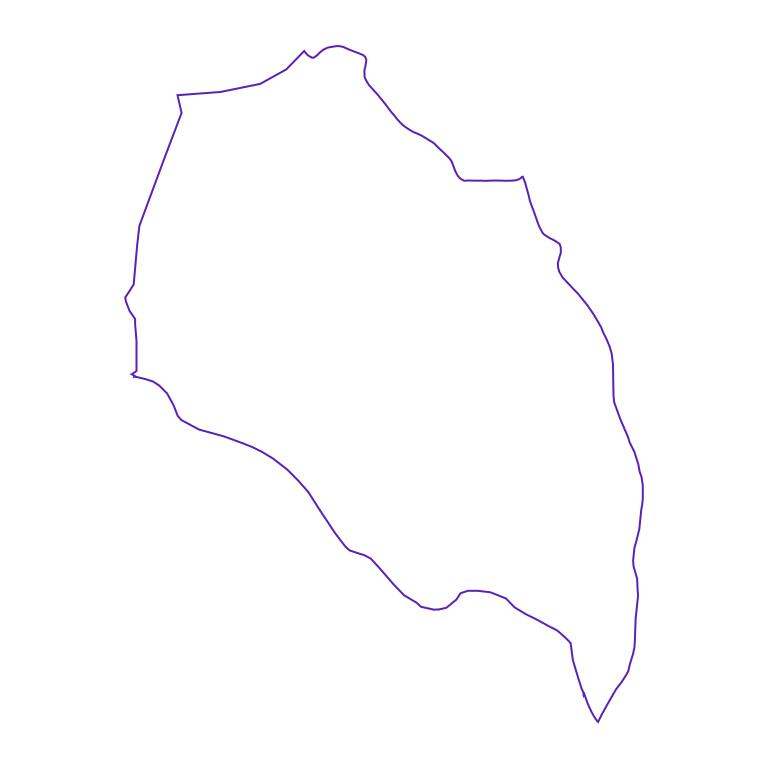 L'Eau Mineau, Micoud, Saint Lucia (Natural Earth projection)
{"feature_id": "8701671B61376458937885", "entity_name": "L'Eau Mineau", "entity_type": "district", "adm_level": 2, "iso_a3": "LCA", "parent_name": "Saint Lucia", "parent_adm1": "Micoud", "projection": "natural_earth1", "projection_center": [-60.921, 13.807], "detail": "fine", "context": "isolated", "style": "outline", "palette": "violet", "viewbox_px": 768, "rotation_deg": 0, "n_neighbors": 0, "source": "geoboundaries", "source_scale": "gbopen_adm2", "svg_char_len": 5779}
<svg xmlns="http://www.w3.org/2000/svg" viewBox="0 0 768 768"><path d="M131.7,374.2L132.4,374.6L133.2,375.1L134.6,375.8L134.1,376.9L135.9,376.8L139.9,377.8L145.4,379.1L149.6,380.4L153.0,381.5L158.2,384.9L159.3,385.6L167.2,393.6L173.5,405.1L176.8,413.5L177.7,415.8L181.5,420.2L192.6,426.1L199.2,429.6L223.9,436.4L244.4,443.9L245.6,444.4L246.4,444.7L252.9,447.3L258.8,450.3L262.3,452.1L264.5,453.4L273.1,458.6L284.6,467.5L287.5,469.8L298.6,481.0L301.2,484.0L308.2,491.9L319.3,509.3L335.0,533.0L340.8,540.7L345.6,546.8L347.7,548.7L349.6,550.4L358.2,553.3L364.2,555.1L370.8,558.6L379.5,568.1L381.6,570.5L393.5,584.3L404.1,595.3L413.2,600.7L416.5,602.6L421.0,606.8L434.1,609.7L439.2,609.4L443.6,608.4L446.5,607.7L452.3,602.9L456.3,599.7L458.4,596.5L460.6,593.2L467.9,590.8L477.8,590.8L490.4,592.3L496.5,594.7L506.0,598.5L514.6,607.4L526.2,614.4L536.1,619.2L541.8,622.3L548.4,626.0L555.1,629.4L557.5,630.7L563.6,636.1L566.1,638.4L567.4,639.7L570.6,643.1L571.4,649.0L572.9,660.2L578.0,677.3L581.5,688.3L583.0,691.7L583.3,692.5L583.7,695.3L584.4,694.2L584.8,695.4L585.2,696.5L585.5,697.4L585.8,698.3L586.1,699.3L586.5,700.2L586.8,701.1L587.2,702.2L587.5,703.1L587.9,704.1L588.4,705.1L588.8,706.0L589.2,706.9L589.6,707.8L590.1,709.0L590.6,709.9L591.0,710.7L591.4,711.6L592.0,712.8L592.5,713.7L593.0,714.5L593.4,715.3L593.8,716.1L594.3,716.9L595.1,718.0L595.7,719.0L596.2,719.8L596.7,720.4L597.2,721.1L598.1,721.9L601.4,715.2L607.3,704.5L615.9,689.5L621.8,681.8L625.0,676.9L628.2,671.4L629.9,664.2L632.9,654.4L634.4,647.8L634.9,640.3L635.6,619.2L636.4,611.5L638.1,595.3L637.6,589.6L637.1,578.6L633.6,566.5L633.1,560.8L634.4,548.1L636.4,540.9L639.3,529.1L641.3,509.5L642.3,504.0L642.8,498.5L642.8,485.3L641.5,476.9L639.6,471.5L638.3,464.3L634.4,451.9L629.5,442.1L628.2,437.5L620.6,419.9L614.2,402.3L613.5,395.7L613.2,379.3L613.0,364.6L611.7,353.6L609.5,346.2L606.3,338.7L603.1,332.3L601.1,327.1L594.0,315.0L587.8,305.8L578.0,293.7L573.8,289.4L568.9,284.2L562.5,277.3L559.3,271.8L558.1,267.5L557.8,263.2L559.8,256.0L560.8,253.1L560.8,247.6L559.8,244.2L554.9,240.7L549.7,238.1L544.3,234.7L542.5,232.7L539.1,226.3L537.6,222.3L534.4,213.1L530.0,201.3L529.0,196.7L525.1,182.5L522.8,176.7L522.0,176.9L521.3,177.6L520.7,178.2L519.8,178.7L519.1,179.2L518.2,179.5L517.3,179.8L516.4,180.1L515.4,180.3L513.4,180.5L511.8,180.7L510.9,180.7L510.0,180.7L509.2,180.7L508.3,180.7L507.3,180.8L506.3,180.8L505.4,180.8L504.5,180.7L503.6,180.7L502.6,180.7L501.3,180.7L500.3,180.6L498.9,180.6L498.1,180.6L497.0,180.5L495.5,180.5L494.7,180.5L493.3,180.6L491.9,180.6L491.0,180.7L490.1,180.7L488.9,180.7L487.5,180.8L486.8,180.8L485.9,180.8L484.9,180.8L484.0,180.8L483.2,180.8L482.0,180.7L481.1,180.7L480.0,180.7L479.2,180.7L477.9,180.7L477.0,180.7L476.1,180.7L475.1,180.7L474.2,180.6L473.4,180.6L472.3,180.6L471.2,180.6L470.3,180.5L469.3,180.5L468.4,180.5L467.6,180.5L466.4,180.6L465.3,180.7L464.4,180.8L463.3,180.3L462.5,179.9L461.7,179.4L460.8,178.8L459.9,178.2L459.1,177.5L458.6,176.8L458.0,176.0L457.5,175.3L456.9,174.2L455.9,172.3L455.4,171.3L454.9,170.2L454.6,169.3L454.1,168.0L453.5,166.3L453.1,165.2L452.7,164.1L452.2,163.0L451.9,162.0L451.3,161.0L450.5,159.7L449.9,158.9L448.9,157.9L448.2,157.0L447.5,156.4L446.9,155.8L446.3,155.2L445.5,154.4L444.8,153.6L444.2,153.1L443.5,152.5L442.9,151.9L442.2,151.2L441.5,150.6L440.6,149.8L439.9,149.2L439.0,148.3L438.3,147.5L437.5,146.8L436.8,146.0L436.1,145.5L435.6,144.8L434.7,143.9L433.8,143.2L433.1,142.6L432.4,142.2L431.7,141.7L430.7,141.2L430.0,140.7L429.2,140.3L428.2,139.7L427.4,139.2L426.8,138.7L425.8,138.1L424.9,137.7L424.1,137.1L423.4,136.7L422.7,136.3L422.0,135.9L421.3,135.5L420.4,135.0L419.6,134.7L418.4,134.1L417.7,133.8L416.6,133.3L415.8,133.0L414.8,132.6L414.0,132.3L413.3,131.9L412.0,131.3L410.9,130.6L409.9,129.9L408.9,129.4L407.9,128.7L406.8,128.0L405.7,127.2L404.8,126.6L403.8,125.8L402.7,124.9L402.0,124.3L401.2,123.5L400.6,122.9L399.9,122.2L399.3,121.5L398.7,120.8L397.9,120.0L397.0,118.9L396.4,118.1L395.9,117.5L395.2,116.6L394.6,115.9L393.9,115.0L393.3,114.3L392.7,113.6L392.1,113.0L391.3,112.0L390.6,111.1L390.0,110.4L389.4,109.5L388.7,108.7L388.2,107.9L387.3,106.7L386.5,105.7L385.9,104.9L385.3,104.1L384.8,103.4L384.1,102.6L383.3,101.7L382.3,100.4L381.4,99.2L380.7,98.4L380.0,97.6L379.4,96.8L378.9,96.2L378.4,95.4L377.4,94.4L376.6,93.5L375.9,92.7L375.3,92.0L374.6,91.3L373.7,90.3L373.1,89.7L372.5,88.9L371.9,88.3L370.5,86.8L369.7,85.8L368.9,84.9L368.4,84.2L368.0,83.5L367.5,82.7L366.9,81.6L366.2,80.5L365.8,79.6L365.4,78.9L364.9,77.9L364.7,77.0L364.6,76.1L364.5,74.9L364.5,73.7L364.4,72.6L364.4,71.6L364.4,70.4L364.7,69.2L364.9,68.2L365.2,67.3L365.4,66.1L365.6,65.2L365.7,64.4L365.9,63.3L366.1,62.1L366.2,61.2L366.3,60.0L366.0,59.0L365.6,58.0L365.2,57.0L364.6,56.4L363.9,55.7L363.2,55.2L362.1,54.6L361.0,54.2L359.8,53.7L359.0,53.4L358.2,53.0L357.4,52.8L356.2,52.3L354.9,51.8L353.5,51.3L352.8,51.0L352.0,50.7L350.9,50.3L350.0,49.9L349.0,49.5L347.8,49.0L347.0,48.6L346.2,48.3L345.2,47.8L344.4,47.5L343.6,47.1L342.8,46.9L341.9,46.6L340.8,46.4L339.2,46.1L337.9,46.1L336.6,46.1L335.8,46.2L334.8,46.4L334.0,46.5L333.2,46.6L332.4,46.8L331.5,46.9L330.7,47.0L329.8,47.2L328.9,47.4L328.1,47.5L327.3,47.8L326.5,48.2L325.6,48.6L324.9,49.0L324.0,49.3L323.1,49.9L322.4,50.4L321.7,51.0L321.0,51.6L319.9,52.5L319.3,53.0L318.5,53.9L317.8,54.7L317.0,55.4L316.1,56.0L315.4,56.5L314.7,57.0L314.0,57.4L313.1,57.8L312.2,57.8L311.3,57.2L310.6,56.9L309.8,56.5L309.1,56.1L308.2,55.4L307.5,54.9L306.9,54.3L306.3,53.6L305.3,52.5L304.7,51.7L304.2,51.0L286.3,69.4L260.2,83.9L220.2,92.0L177.5,95.2L181.6,112.9L165.1,156.4L149.1,199.6L139.4,225.8L139.1,228.3L137.2,244.8L133.7,284.4L130.3,289.8L125.2,297.6L126.0,301.7L129.5,310.8L135.1,319.0L135.1,324.0L136.2,337.1L136.5,341.3L136.5,371.0L135.2,372.0L131.7,374.2Z" fill="none" stroke="#5b21b6" stroke-width="2"/></svg>